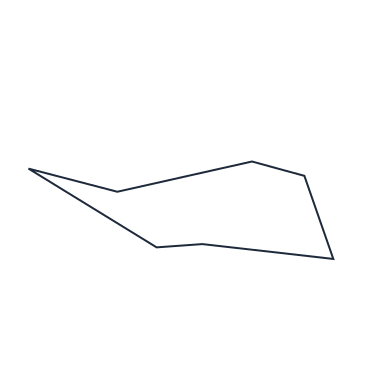 the border of American Samoa, rotated 207°
{"feature_id": "ASM", "entity_name": "American Samoa", "entity_type": "country or territory", "adm_level": 0, "iso_a3": "ASM", "parent_name": "Oceania", "parent_adm1": "", "projection": "orthographic", "projection_center": [-170.708, -14.309], "detail": "fine", "context": "isolated", "style": "outline", "palette": "slate", "viewbox_px": 384, "rotation_deg": 207, "n_neighbors": 0, "source": "natural_earth", "source_scale": "50m", "svg_char_len": 260}
<svg xmlns="http://www.w3.org/2000/svg" viewBox="0 0 384 384"><g transform="rotate(207 192 192)"><path d="M152.4,246.4L99.2,257.4L35.7,196.5L159.1,150.3L198.4,126.6L348.3,138.6L258.7,158.3L152.4,246.4Z" fill="none" stroke="#1e293b" stroke-width="2"/></g></svg>